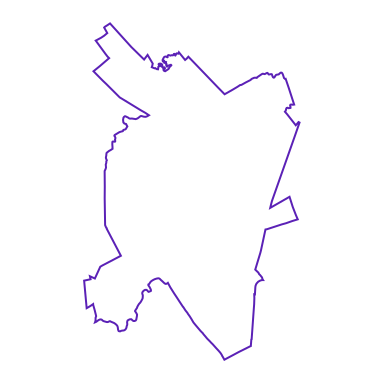 the district of Contesti, Dâmbovita, Romania, rotated 271°
{"feature_id": "2599482B81842456192136", "entity_name": "Contesti", "entity_type": "district", "adm_level": 2, "iso_a3": "ROU", "parent_name": "Romania", "parent_adm1": "Dâmbovita", "projection": "mercator", "projection_center": [25.668, 44.679], "detail": "fine", "context": "isolated", "style": "outline", "palette": "violet", "viewbox_px": 384, "rotation_deg": 271, "n_neighbors": 0, "source": "geoboundaries", "source_scale": "gbopen_adm2", "svg_char_len": 5932}
<svg xmlns="http://www.w3.org/2000/svg" viewBox="0 0 384 384"><g transform="rotate(271 192 192)"><path d="M188.9,289.6L177.5,270.5L181.5,271.4L184.4,272.1L250.2,294.0L263.3,298.3L263.8,297.3L260.5,294.6L271.6,285.6L273.9,283.5L274.9,284.3L277.1,284.8L277.7,285.2L277.8,285.7L277.9,286.2L277.5,286.9L277.7,288.8L277.8,289.0L278.8,289.0L279.6,288.7L280.4,288.6L280.6,288.7L281.0,288.9L281.1,289.2L281.2,289.5L281.0,291.4L281.2,292.6L297.8,286.9L306.7,283.7L306.5,283.3L307.1,282.6L307.6,282.0L310.6,281.0L312.1,280.3L312.6,279.9L312.9,279.5L312.9,279.0L312.9,278.7L312.6,278.2L311.1,276.6L310.7,274.4L310.5,274.0L310.2,273.7L309.3,273.2L309.0,272.8L308.3,272.6L307.9,272.2L307.8,271.5L308.3,270.9L309.1,270.5L311.0,269.8L311.2,269.6L311.2,268.9L311.1,268.2L310.8,266.9L311.0,266.5L311.2,266.3L312.1,265.7L312.3,265.4L312.4,265.1L312.1,264.4L311.2,262.8L311.2,262.2L311.5,260.8L311.4,260.5L311.2,260.0L310.7,259.2L308.3,255.8L307.8,255.1L307.3,254.9L307.2,254.7L307.4,253.3L307.3,252.2L306.3,250.0L305.8,249.3L305.1,248.7L304.8,248.2L302.5,243.9L300.0,239.6L299.8,238.8L299.8,238.3L298.0,235.7L294.9,230.7L290.3,222.9L297.3,215.8L320.7,192.5L327.2,186.0L325.2,184.3L324.6,183.6L323.9,182.8L331.4,176.5L330.1,176.1L330.0,175.9L330.0,175.7L330.3,175.2L330.4,174.9L330.4,174.5L330.3,174.2L329.8,173.8L329.0,173.5L328.4,173.1L328.2,173.0L328.3,172.7L328.7,172.6L329.3,172.7L329.6,172.5L329.8,172.0L329.7,171.5L328.4,170.7L328.3,170.2L328.4,169.1L328.0,168.1L328.3,167.2L328.5,166.2L328.3,165.7L328.2,165.6L327.2,165.1L326.5,165.3L326.3,165.1L326.4,164.6L327.0,163.6L326.9,162.7L326.6,162.0L326.0,161.5L324.2,160.6L323.5,160.3L323.3,160.3L323.2,160.4L323.0,161.2L322.8,161.8L322.7,161.8L322.6,161.6L322.7,160.9L322.6,160.5L322.1,160.6L321.7,161.6L320.8,161.9L320.6,162.2L320.6,162.3L321.6,163.4L321.6,163.6L321.5,163.8L320.9,163.7L320.4,163.7L319.6,164.2L319.3,163.9L319.2,163.9L318.5,164.0L317.5,164.4L317.0,164.8L316.9,164.9L317.0,165.1L317.7,165.3L318.1,166.0L317.9,166.8L318.7,168.0L318.8,168.7L318.4,169.1L317.7,168.6L316.7,167.5L314.6,166.4L312.3,163.1L312.4,162.6L312.9,161.7L313.7,161.3L314.1,161.4L314.4,162.1L314.8,162.7L315.3,162.8L315.9,162.5L316.2,162.0L316.2,161.8L315.6,160.9L315.7,160.7L316.4,160.5L316.5,160.4L316.8,159.5L317.0,159.3L317.2,159.6L317.7,160.1L318.3,160.1L319.1,159.7L319.6,159.0L319.8,158.4L319.8,157.6L319.7,156.9L319.4,156.5L318.9,156.4L318.6,156.6L318.7,157.9L317.9,157.9L317.3,157.5L317.1,156.8L316.7,156.2L314.1,155.9L314.2,154.8L314.7,153.8L315.2,153.1L315.0,152.4L316.1,149.6L317.7,150.1L319.7,150.5L328.3,145.2L323.6,141.8L336.0,128.7L359.1,107.1L357.3,104.5L355.6,101.9L354.9,101.3L349.4,104.5L346.7,101.4L344.7,98.5L342.0,93.7L341.7,93.1L328.4,103.2L325.9,105.2L324.4,106.8L316.3,97.7L311.0,91.4L301.7,100.9L298.4,104.5L285.3,118.1L280.1,127.0L272.7,139.6L270.4,143.8L268.0,147.6L267.0,146.0L266.5,144.8L266.4,144.4L266.4,142.8L267.0,140.4L267.1,139.7L267.0,139.4L266.8,139.0L265.4,137.3L264.6,136.2L263.9,134.5L264.4,130.7L264.3,128.8L264.4,128.2L264.7,127.6L265.3,126.8L266.4,124.4L266.6,123.7L266.0,122.8L265.2,122.2L264.0,122.0L263.0,121.8L260.9,122.1L260.3,122.2L260.0,122.6L259.4,123.0L259.2,123.3L258.9,124.8L258.7,125.0L258.0,125.2L257.6,125.6L256.9,125.9L256.5,126.2L253.8,124.7L253.3,123.9L253.0,122.7L252.8,122.3L251.7,121.8L251.5,121.5L251.4,120.8L250.6,118.4L247.7,113.8L247.3,113.5L247.0,113.4L246.6,113.5L246.2,113.9L244.8,114.5L244.0,114.4L243.2,114.1L242.7,114.2L242.3,114.3L241.7,114.2L241.2,114.3L241.0,114.1L241.0,113.2L241.1,112.6L241.0,111.8L240.6,111.5L238.1,111.5L235.9,111.7L233.8,111.8L232.5,109.9L231.6,108.3L229.7,106.0L228.5,105.7L227.3,105.7L226.2,105.5L224.6,105.3L222.9,105.9L222.3,106.3L221.1,105.8L219.7,105.8L217.9,105.3L214.9,105.6L213.2,105.1L211.5,104.3L211.2,104.3L195.6,104.7L184.3,104.8L157.4,105.7L155.5,106.5L154.2,107.4L153.9,107.3L127.0,122.0L117.0,103.7L115.7,101.6L103.8,96.4L106.0,91.4L103.0,92.1L101.5,85.7L92.3,86.7L74.0,88.7L75.2,90.7L76.4,92.6L78.2,95.1L77.3,95.2L72.4,96.7L66.4,98.3L66.0,98.3L64.6,97.8L61.9,97.8L60.6,97.5L60.0,97.3L60.6,98.6L62.3,100.8L62.9,102.1L63.0,103.0L62.9,103.6L62.6,104.2L62.0,104.8L61.4,105.7L61.0,107.1L60.5,109.0L60.5,109.8L60.7,110.6L61.3,111.7L61.4,112.2L60.8,113.5L59.7,116.3L58.8,117.7L58.0,118.6L57.1,119.5L55.7,120.1L53.1,120.5L52.3,120.8L51.7,121.1L51.5,121.7L51.4,122.5L51.7,123.1L52.0,123.7L52.2,124.7L52.3,125.5L52.4,126.3L52.8,127.1L53.6,128.0L54.9,128.7L55.7,128.9L56.6,129.0L57.9,129.5L58.8,129.6L60.3,129.4L61.3,129.5L62.3,129.8L62.8,130.4L63.3,131.3L63.7,132.3L63.7,133.6L62.4,135.0L62.0,135.8L62.0,136.8L62.5,137.9L63.4,138.5L67.0,139.1L68.5,139.2L69.5,138.7L70.7,138.0L71.7,137.2L72.3,137.2L75.3,139.1L76.2,139.3L77.9,140.2L79.2,141.0L80.4,142.1L81.6,142.9L84.1,144.2L84.9,144.5L86.4,144.6L88.0,144.6L89.3,144.1L90.2,144.0L91.1,144.3L92.4,145.3L93.3,146.7L93.4,147.9L92.9,148.9L91.8,149.8L91.4,150.4L91.9,151.7L92.5,152.7L93.8,152.5L96.3,151.2L97.9,150.0L98.8,150.0L99.3,150.8L101.1,151.9L102.2,152.9L103.3,154.6L104.1,156.1L104.8,158.1L105.1,159.6L105.1,160.2L104.9,160.8L104.6,161.3L103.6,162.3L102.6,163.5L100.4,165.9L99.7,167.0L99.8,168.1L100.4,169.2L100.7,169.5L96.4,171.9L90.3,175.9L86.4,178.6L82.1,181.5L77.0,185.0L76.8,185.2L76.8,185.3L73.5,187.5L71.1,189.5L70.2,190.0L67.8,191.8L64.9,193.7L61.6,195.7L59.0,197.9L53.4,202.8L51.4,204.8L51.0,205.3L50.3,205.7L45.6,209.8L42.8,212.7L41.9,213.5L40.1,215.4L36.1,219.1L33.6,221.5L31.8,223.1L30.4,224.1L29.1,224.9L28.3,225.2L28.0,225.5L24.9,227.3L30.0,236.5L32.8,241.5L38.8,253.0L39.0,253.5L45.6,253.9L45.8,254.2L75.7,255.8L80.8,256.1L87.1,256.2L90.8,256.0L90.7,256.7L98.0,257.0L99.4,257.2L101.0,257.8L101.8,258.3L103.5,259.8L104.6,261.7L105.0,262.9L105.2,263.9L105.2,264.6L106.1,264.0L107.8,263.5L110.2,261.5L111.0,260.6L112.5,259.8L115.4,256.7L115.5,256.6L132.4,261.4L134.9,262.0L155.8,266.1L156.1,267.6L161.2,282.4L162.4,286.5L164.7,292.7L166.5,298.2L170.7,296.3L178.8,293.0L188.9,289.6Z" fill="none" stroke="#5b21b6" stroke-width="2"/></g></svg>